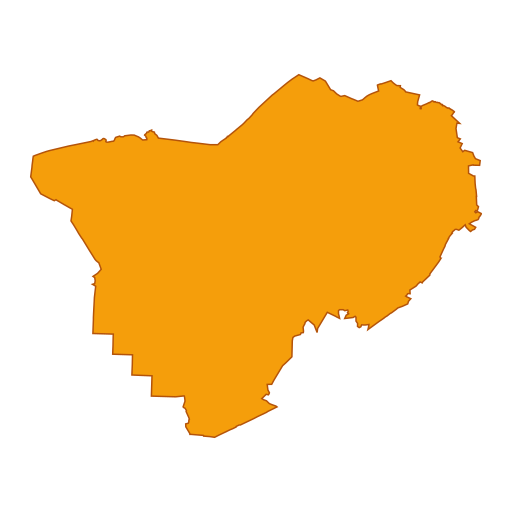 outline of Brantu pag., Smiltenes, Latvia
{"feature_id": "27541924B83943898242437", "entity_name": "Brantu pag.", "entity_type": "district", "adm_level": 2, "iso_a3": "LVA", "parent_name": "Latvia", "parent_adm1": "Smiltenes", "projection": "mercator", "projection_center": [25.808, 57.37], "detail": "fine", "context": "isolated", "style": "filled", "palette": "amber", "viewbox_px": 512, "rotation_deg": 0, "n_neighbors": 0, "source": "geoboundaries", "source_scale": "gbopen_adm2", "svg_char_len": 5939}
<svg xmlns="http://www.w3.org/2000/svg" viewBox="0 0 512 512"><path d="M88.1,142.1L74.4,144.9L73.3,145.1L68.8,146.0L49.5,150.6L46.6,151.4L41.6,153.1L35.2,155.4L33.3,156.2L33.0,158.0L32.6,161.4L32.1,165.1L31.9,167.7L30.7,176.9L32.2,179.3L40.7,193.8L50.1,198.7L54.3,200.7L56.0,199.7L56.8,200.3L63.8,204.4L64.2,204.7L64.5,204.8L72.4,209.3L71.7,216.2L71.0,220.9L73.8,225.2L77.0,230.5L78.7,233.5L81.7,238.1L82.4,238.9L89.6,250.7L95.0,259.3L96.1,260.6L97.5,261.8L98.8,262.7L101.2,269.3L97.5,273.4L93.0,276.4L94.7,277.6L95.2,280.7L94.7,283.6L92.5,284.3L95.7,286.2L94.4,297.5L94.2,301.8L93.6,313.1L93.4,317.7L93.4,319.8L92.9,333.5L106.7,333.9L113.3,334.1L113.2,335.9L113.0,346.0L112.7,354.2L132.5,354.8L132.3,364.6L131.9,375.0L152.0,375.8L151.4,396.1L175.7,396.8L184.1,395.9L184.5,396.9L184.9,399.8L185.0,401.2L183.1,406.9L183.9,407.7L185.0,408.2L186.4,410.5L186.1,411.5L188.1,416.0L188.5,416.8L189.4,419.2L188.9,419.9L188.8,421.9L188.2,423.3L187.2,423.5L185.7,423.9L185.8,426.8L188.2,430.8L189.9,433.7L189.9,434.4L191.3,434.4L203.4,435.4L203.6,435.5L203.7,435.8L203.7,436.1L209.9,436.6L214.6,437.3L216.4,436.4L218.1,435.5L227.3,431.1L230.2,429.7L232.7,428.7L236.1,427.0L236.1,426.5L239.1,425.0L240.3,425.0L253.7,418.6L257.3,416.7L266.4,412.4L267.9,411.4L277.0,406.9L276.5,406.5L276.0,406.1L271.8,404.6L269.6,403.7L268.9,403.2L267.2,401.5L266.5,400.8L265.7,400.5L263.5,399.7L261.8,398.6L266.2,394.3L268.4,394.8L269.0,393.9L269.4,392.8L268.7,391.4L267.9,390.0L267.2,384.4L271.7,384.3L274.0,380.0L281.7,367.2L282.6,365.7L285.6,363.0L291.9,356.8L292.3,340.8L292.9,337.5L294.7,336.1L300.4,334.5L301.1,332.9L303.3,332.6L303.5,331.2L303.1,327.2L303.6,326.1L303.7,325.9L303.9,325.5L304.8,323.9L305.0,323.2L305.1,322.4L306.7,320.8L308.2,319.9L311.1,322.4L314.2,325.0L317.1,332.5L317.6,328.5L327.3,312.3L335.8,316.4L336.4,316.8L339.6,318.4L339.1,316.0L338.5,313.7L338.5,310.6L339.6,309.7L343.2,309.7L344.8,310.7L347.7,310.0L348.2,311.6L347.5,312.7L348.6,313.8L346.2,315.2L344.7,318.5L353.1,317.5L355.1,316.3L356.0,317.2L356.0,321.1L357.6,323.4L357.5,326.4L359.2,327.6L360.8,326.8L361.7,324.8L363.7,325.0L365.2,325.0L368.9,324.5L368.4,327.7L367.9,329.6L379.7,321.0L380.8,320.3L384.1,318.0L384.1,317.9L385.6,316.8L387.0,316.0L390.3,313.4L391.4,312.9L396.0,309.5L397.9,307.9L402.4,306.3L407.7,303.9L408.5,301.3L410.8,298.7L406.9,296.9L405.7,296.1L406.6,295.4L407.6,293.8L408.2,293.6L410.1,293.7L409.9,290.0L416.2,286.0L418.1,283.7L419.6,282.5L420.1,281.9L422.2,282.9L422.7,281.9L429.8,275.2L429.9,273.8L438.5,262.2L441.0,258.3L440.5,258.3L440.0,256.8L443.6,248.9L444.9,246.4L445.4,244.5L448.6,238.5L448.4,238.4L449.4,236.7L450.2,235.6L452.2,233.3L451.8,233.2L452.5,231.7L454.0,230.5L455.0,229.5L456.1,229.3L457.0,229.5L458.9,230.2L461.8,227.9L465.2,224.8L466.1,227.2L469.4,230.6L470.6,231.5L472.4,230.0L474.5,229.3L475.7,227.3L469.3,223.8L471.4,222.3L474.9,220.6L476.2,220.3L478.0,219.6L478.6,218.8L479.0,217.3L480.3,215.7L481.3,213.9L481.2,213.5L477.7,211.7L475.8,212.8L474.8,211.8L475.7,210.5L476.8,210.9L477.6,209.9L478.5,206.7L476.7,204.9L476.3,196.4L476.6,196.4L476.0,189.9L475.6,188.2L475.1,183.2L474.8,176.0L473.4,176.0L468.6,173.3L468.5,165.9L472.9,164.9L472.9,165.1L473.8,165.2L479.6,165.3L479.7,164.6L480.2,160.6L475.5,158.7L475.3,158.5L474.6,157.1L474.2,156.7L472.6,152.6L464.7,150.3L462.8,151.7L460.1,148.0L462.2,143.6L459.6,142.5L458.0,141.8L460.3,138.9L457.8,137.9L457.3,137.5L456.0,128.5L456.9,123.2L459.7,123.4L451.4,115.7L452.5,114.4L453.5,112.8L454.2,112.2L454.4,111.8L454.3,111.7L454.2,111.5L453.3,110.9L452.6,110.3L452.2,110.0L451.7,109.8L450.8,109.2L450.6,109.3L450.3,108.9L449.9,108.8L449.1,108.0L448.3,108.0L447.6,107.9L447.6,108.0L446.3,107.4L445.8,106.9L445.3,106.5L443.4,105.5L443.1,105.5L442.9,105.6L442.7,105.3L442.5,104.9L442.3,105.2L442.1,104.8L441.2,104.5L440.7,103.6L439.9,103.5L439.7,103.0L439.0,102.6L438.1,102.7L437.2,102.3L436.4,102.4L435.9,102.2L435.3,101.7L434.5,101.7L434.2,102.0L433.9,101.9L433.2,101.2L432.5,100.9L431.8,101.1L429.8,102.6L429.6,102.4L428.8,102.7L426.9,103.7L422.1,105.7L421.4,106.4L421.1,107.0L421.1,107.8L421.2,108.6L421.0,108.8L420.2,108.6L420.6,106.2L418.8,105.7L417.4,104.9L417.7,101.6L419.6,94.9L405.7,91.9L405.2,91.1L404.0,89.8L400.2,87.4L400.4,85.7L397.5,85.6L396.7,85.5L394.6,84.0L392.9,82.6L391.0,80.7L384.6,82.9L380.8,84.1L380.4,83.9L377.5,85.0L377.4,85.1L378.6,91.0L376.5,91.8L373.4,93.0L371.4,93.8L369.2,94.8L366.8,96.2L364.7,97.9L363.4,99.1L362.3,99.9L357.9,101.3L356.9,100.8L353.3,99.3L351.7,98.7L344.7,95.6L341.0,96.4L340.3,96.2L338.4,95.0L336.7,93.9L333.5,90.8L330.6,89.7L325.4,81.1L319.9,77.9L316.0,79.9L313.3,80.9L312.2,80.7L308.8,79.1L308.0,78.7L298.8,74.7L292.0,79.2L287.5,82.6L284.8,84.8L273.7,94.0L272.3,95.0L259.0,107.3L256.3,110.1L253.1,113.5L252.3,114.7L249.0,118.3L247.1,119.8L245.6,121.4L244.0,123.1L242.3,124.7L236.6,129.4L235.5,130.4L228.4,136.2L228.3,136.5L227.7,136.3L227.4,136.4L227.2,137.0L227.0,137.3L226.4,137.6L226.3,138.1L225.6,138.5L221.0,141.6L217.8,144.7L210.2,144.7L197.0,143.1L191.6,142.5L184.9,141.5L174.8,140.1L158.4,138.1L156.9,135.4L154.7,133.6L154.4,132.1L152.7,131.7L151.5,131.1L151.6,130.1L150.4,130.6L149.3,130.8L149.0,131.7L148.5,132.1L147.6,132.0L146.9,132.2L146.6,132.9L146.4,133.5L145.9,133.8L144.8,134.7L144.6,135.1L145.9,136.3L146.1,137.3L146.2,137.6L146.6,137.9L146.8,138.1L146.8,138.3L146.8,138.7L146.9,139.3L146.8,139.7L142.7,140.0L142.5,139.9L140.2,138.0L138.5,136.9L134.2,135.1L130.9,135.0L124.7,135.8L123.6,136.7L123.1,136.8L120.9,136.8L119.6,136.1L119.4,136.2L115.9,137.3L115.6,137.5L115.1,138.3L114.6,139.6L114.3,140.3L113.6,141.1L113.1,141.3L112.1,141.3L110.8,141.6L109.3,141.9L107.7,142.2L107.0,142.2L106.3,142.0L105.8,141.6L105.8,141.4L106.1,140.5L106.0,139.8L105.9,139.6L104.2,138.6L103.4,138.5L102.9,138.7L102.0,139.6L100.5,140.6L99.5,140.8L99.1,140.7L98.1,140.5L97.9,140.4L97.4,139.6L97.0,139.3L96.7,139.3L95.2,139.8L94.1,140.3L93.5,140.9L93.4,140.6L91.0,141.5L88.1,142.1Z" fill="#f59e0b" stroke="#b45309" stroke-width="1.5"/></svg>